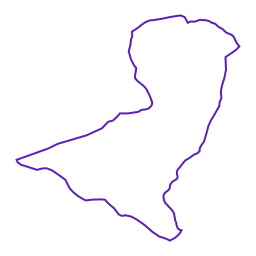 Thedtsho, Wangdi Phodrang, Bhutan
{"feature_id": "84629894B76025461135829", "entity_name": "Thedtsho", "entity_type": "district", "adm_level": 2, "iso_a3": "BTN", "parent_name": "Bhutan", "parent_adm1": "Wangdi Phodrang", "projection": "orthographic", "projection_center": [89.894, 27.49], "detail": "fine", "context": "isolated", "style": "outline", "palette": "violet", "viewbox_px": 256, "rotation_deg": 0, "n_neighbors": 0, "source": "geoboundaries", "source_scale": "gbopen_adm2", "svg_char_len": 2350}
<svg xmlns="http://www.w3.org/2000/svg" viewBox="0 0 256 256"><path d="M16.6,159.8L17.7,162.4L21.1,164.8L26.3,166.4L34.4,169.0L37.2,169.9L40.8,168.8L43.5,168.3L46.8,168.3L52.1,170.4L60.4,176.1L65.3,179.7L69.8,188.5L73.5,192.4L77.9,196.0L84.1,199.7L86.4,200.5L88.1,200.1L92.7,199.6L100.6,199.4L104.9,199.7L108.4,203.5L114.1,208.3L118.8,214.4L121.7,215.9L125.3,215.3L130.8,216.4L136.8,219.5L145.6,225.8L152.2,231.7L159.4,236.6L163.1,237.7L167.2,239.2L169.9,240.6L175.2,237.7L179.1,234.3L181.6,230.3L179.4,229.7L178.0,228.6L177.4,227.7L177.1,226.6L176.4,224.6L176.4,223.5L175.8,221.5L175.1,220.1L174.9,217.8L174.4,216.4L174.3,215.2L174.2,214.1L173.7,212.9L173.1,211.8L172.2,210.4L170.9,208.9L169.1,207.1L167.6,205.3L166.5,204.2L165.3,203.0L164.6,201.6L164.0,200.1L163.8,198.7L163.4,196.6L163.8,194.7L164.4,193.7L165.0,192.8L166.0,191.9L167.2,191.2L168.8,189.7L169.7,188.2L170.1,185.4L170.6,184.2L171.4,182.9L173.0,181.3L175.6,179.8L176.7,178.9L177.4,177.9L177.6,176.8L177.3,175.4L176.8,173.7L177.0,171.2L177.7,169.8L179.3,167.8L180.3,166.6L184.0,161.9L185.7,160.0L186.9,159.5L187.9,159.0L193.8,154.8L195.5,153.8L196.9,153.6L199.5,151.3L199.8,148.3L201.0,145.8L202.5,143.7L203.9,141.9L207.2,130.8L208.3,126.3L210.4,121.4L213.9,115.5L216.3,111.3L219.2,106.3L219.7,102.2L221.4,97.8L220.8,91.5L221.1,89.8L222.4,84.3L224.5,77.5L226.0,69.7L225.5,57.1L235.6,50.2L239.4,46.4L236.8,43.2L233.3,36.1L231.0,34.6L227.3,33.1L226.1,32.4L225.1,31.6L224.1,30.6L223.0,29.4L222.0,28.7L219.9,27.7L218.8,27.1L215.4,24.0L213.9,23.3L212.8,23.1L211.4,22.6L209.3,21.2L207.0,20.5L205.4,20.2L203.1,20.1L201.3,19.9L199.4,19.9L198.2,20.5L195.9,21.3L194.4,21.7L192.9,21.6L191.4,21.4L189.6,21.9L187.8,22.8L184.6,17.0L180.4,15.4L175.3,16.2L172.3,16.7L171.1,16.9L169.1,17.2L162.2,18.7L154.4,20.0L149.8,20.4L145.6,22.1L142.0,24.5L138.7,27.2L134.9,29.8L132.1,31.5L132.2,36.2L130.9,40.1L130.4,45.2L128.7,51.1L130.9,59.3L134.4,65.9L136.1,67.8L136.1,69.7L135.1,75.1L135.1,78.3L137.6,81.1L140.1,83.1L143.2,85.5L146.5,89.2L147.1,90.6L149.1,94.4L150.7,98.2L152.3,102.8L151.7,105.2L150.6,106.5L149.1,108.2L146.3,109.2L144.4,109.6L141.6,109.8L138.6,111.7L137.0,112.1L135.3,112.3L131.7,112.8L128.0,113.4L123.7,113.4L119.9,113.4L117.7,116.1L113.2,120.4L108.0,121.9L102.0,128.3L86.3,135.4L57.5,143.9L53.8,145.8L48.5,148.4L36.0,152.9L16.6,159.8Z" fill="none" stroke="#5b21b6" stroke-width="2"/></svg>